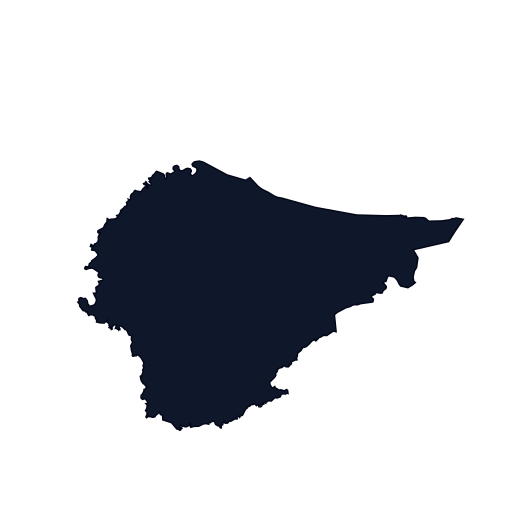 Dat Do, Bà Rịa - Vũng Tàu, Vietnam, rotated 232°
{"feature_id": "81297802B14105634475822", "entity_name": "Dat Do", "entity_type": "district", "adm_level": 2, "iso_a3": "VNM", "parent_name": "Vietnam", "parent_adm1": "Bà Rịa - Vũng Tàu", "projection": "orthographic", "projection_center": [107.299, 10.478], "detail": "fine", "context": "isolated", "style": "filled", "palette": "ink", "viewbox_px": 512, "rotation_deg": 232, "n_neighbors": 0, "source": "geoboundaries", "source_scale": "gbopen_adm2", "svg_char_len": 6052}
<svg xmlns="http://www.w3.org/2000/svg" viewBox="0 0 512 512"><g transform="rotate(232 256 256)"><path d="M128.0,196.6L130.7,198.2L132.0,197.8L132.3,195.3L135.3,193.2L135.8,191.9L139.2,190.4L140.7,190.1L141.6,190.4L141.7,187.7L142.1,187.5L145.6,187.7L148.1,189.0L148.9,195.7L149.6,197.9L150.1,198.5L151.4,198.8L151.9,201.4L153.2,203.1L153.4,205.1L152.3,207.7L152.1,210.9L150.3,211.4L148.8,213.1L148.9,214.9L149.8,215.3L149.1,216.4L149.2,217.5L150.6,218.4L150.8,218.9L149.9,222.8L148.9,224.3L150.7,225.2L152.0,227.4L153.0,227.7L153.8,229.7L153.8,233.2L155.1,236.3L153.7,239.5L153.8,243.0L154.6,247.9L154.1,250.0L154.5,251.0L152.4,250.7L152.2,251.1L152.9,255.7L152.3,257.1L152.0,259.8L151.1,261.4L149.8,262.7L149.3,270.5L147.0,272.5L161.4,281.6L161.6,285.2L159.8,295.3L158.1,299.3L158.0,301.0L157.3,303.2L155.0,306.2L154.0,309.2L147.9,319.6L148.9,321.3L149.9,321.9L152.4,321.6L153.5,322.6L152.6,326.3L153.6,327.2L152.7,328.8L150.0,331.3L149.2,332.6L150.5,335.0L150.4,338.2L151.0,339.3L151.9,339.9L157.3,339.8L156.0,342.8L158.2,346.1L158.9,348.3L154.1,352.2L149.7,352.4L145.4,351.5L143.2,351.6L137.5,356.2L136.9,361.4L137.0,365.2L138.9,364.8L142.7,366.8L146.6,371.5L148.1,375.5L154.9,382.5L164.2,383.7L148.8,416.6L152.8,427.7L157.3,441.9L162.9,437.0L163.2,435.4L164.7,433.6L165.1,431.2L169.4,423.8L177.1,413.5L181.2,412.8L182.8,411.9L188.4,405.2L193.0,398.1L194.2,397.5L194.2,398.8L194.8,398.9L195.6,398.4L196.1,396.3L197.0,396.7L199.3,395.1L199.4,394.2L207.8,383.0L226.3,360.6L257.7,332.7L285.7,312.0L289.0,309.0L292.3,307.2L298.5,304.9L304.7,301.9L309.7,300.5L321.5,299.5L322.1,294.4L337.6,283.2L362.3,272.3L365.7,269.8L368.1,265.5L368.0,262.8L367.5,262.0L365.6,261.6L362.3,263.3L360.4,262.9L358.9,261.2L358.2,259.3L358.2,255.8L359.0,254.8L360.4,254.7L361.5,255.1L362.7,257.3L363.4,257.7L365.1,257.8L367.1,256.2L367.8,254.8L368.4,250.6L369.3,249.1L371.4,248.6L374.1,250.0L376.1,249.4L377.1,247.1L376.9,245.4L375.7,244.3L372.9,244.3L372.5,243.2L373.0,239.2L376.0,237.4L376.3,236.5L375.5,235.5L373.1,234.3L372.2,232.7L373.3,232.0L376.0,233.4L377.7,233.4L383.7,230.0L384.0,229.4L383.2,226.8L383.1,224.1L382.0,221.9L383.4,219.3L382.7,218.9L381.2,219.4L380.7,219.0L380.5,217.7L380.0,217.6L377.5,218.1L376.6,217.5L376.6,216.3L378.0,215.6L380.2,214.7L381.7,215.1L382.4,214.9L381.8,213.7L382.3,212.0L381.3,211.8L379.3,213.4L378.1,213.6L376.9,213.2L376.1,212.2L376.4,211.7L378.2,212.4L378.9,212.0L378.6,208.6L377.4,204.9L380.6,202.0L382.1,201.1L382.2,200.5L381.3,198.4L381.4,196.1L381.1,195.1L380.1,193.6L378.0,192.4L378.2,191.0L379.3,190.3L377.5,189.9L378.1,188.7L377.9,186.8L376.2,186.2L375.0,184.8L375.8,183.1L375.3,181.1L375.2,177.3L374.6,176.8L373.9,177.3L373.6,175.1L372.8,173.1L373.7,171.2L371.7,170.9L371.6,170.5L371.9,167.9L374.3,164.3L374.6,162.9L377.1,161.8L374.7,159.6L373.8,156.3L372.1,153.0L373.2,147.2L372.9,146.6L371.8,145.9L370.7,146.2L370.5,147.5L369.7,147.6L368.9,144.5L367.6,142.9L365.8,141.9L364.6,140.2L364.2,137.7L364.9,136.2L363.9,134.7L365.0,133.7L366.6,133.2L365.6,131.4L364.6,131.8L364.5,133.2L364.0,133.3L362.2,130.3L361.8,130.2L359.8,132.2L358.9,132.6L354.7,132.5L353.6,131.6L353.2,128.4L353.4,123.6L352.5,122.5L352.5,119.9L350.9,118.0L351.0,116.8L352.6,115.3L351.9,113.5L351.3,113.3L350.0,113.8L349.2,116.4L347.6,119.2L346.0,120.2L339.7,122.2L339.1,121.7L338.8,120.4L337.7,119.4L335.8,119.2L333.0,121.4L332.1,121.5L331.4,121.0L331.4,119.8L333.0,116.2L330.1,115.4L329.6,113.3L329.9,111.5L329.7,110.3L325.0,107.5L326.7,105.0L320.2,103.6L318.5,102.1L316.9,98.7L318.8,93.6L320.5,94.1L321.8,93.9L324.5,95.4L327.7,95.5L328.4,93.9L331.0,92.4L331.5,90.6L331.1,89.7L329.6,89.0L329.2,88.3L329.4,87.2L326.3,87.2L325.0,86.2L319.5,86.1L317.9,87.5L316.6,87.5L316.2,88.3L312.1,87.6L311.5,90.0L310.7,90.4L309.8,91.6L308.8,91.6L307.8,92.5L306.1,91.3L303.2,90.8L302.2,89.7L299.3,92.0L296.6,95.1L296.9,98.3L296.5,99.7L295.5,98.0L293.2,98.6L291.9,97.5L290.5,97.3L290.1,96.2L289.2,96.9L288.8,96.7L288.2,97.1L287.2,96.7L287.0,97.8L288.7,98.5L288.6,99.8L289.5,100.8L287.8,103.5L287.4,103.5L285.5,100.6L284.6,101.9L283.6,101.7L283.2,102.6L282.3,102.3L282.6,103.1L281.8,103.3L282.3,103.9L284.6,104.3L285.1,105.2L284.5,106.0L282.1,107.2L278.6,107.5L277.4,108.6L272.5,107.3L271.3,107.5L270.8,108.5L269.5,108.7L267.0,106.4L264.0,105.6L262.4,102.1L258.3,99.8L254.8,98.4L253.7,97.2L252.7,97.3L252.0,99.2L251.1,100.0L251.3,101.5L250.2,102.3L246.4,102.8L240.8,101.9L238.9,99.3L237.0,98.8L235.8,96.3L234.0,95.7L233.3,94.0L232.0,92.4L232.5,91.0L232.2,90.6L229.1,89.1L227.3,88.7L224.8,88.5L223.3,89.5L222.4,89.0L220.0,89.2L219.3,86.7L219.8,85.7L218.6,84.5L217.1,81.5L217.0,79.9L215.7,78.5L214.5,78.0L212.9,78.2L212.2,80.1L211.4,80.9L207.2,80.7L206.7,80.5L206.7,79.7L207.4,78.4L206.0,78.6L205.1,78.1L203.2,76.2L202.2,73.8L198.6,73.9L198.2,73.4L198.6,72.6L197.7,72.4L197.7,71.5L197.1,70.3L196.0,70.1L195.9,72.2L194.4,73.9L192.9,74.9L191.9,76.2L191.6,77.5L192.1,78.5L192.3,83.7L189.8,83.1L188.2,84.4L184.2,81.7L176.7,86.8L168.3,87.1L167.6,87.9L165.5,88.7L165.3,89.2L165.6,89.8L167.1,89.4L167.2,89.9L165.7,91.1L165.8,91.6L166.8,91.8L168.1,90.3L169.2,92.0L168.4,92.9L167.2,93.2L166.7,94.1L165.8,94.4L164.3,95.9L163.5,100.0L164.9,100.9L163.7,101.2L162.0,99.2L161.4,99.1L161.0,99.5L160.1,101.9L157.1,106.1L156.1,111.1L154.6,113.5L152.6,115.2L153.6,115.8L153.6,116.3L152.7,117.4L152.9,118.5L152.2,120.9L150.9,121.2L148.1,120.5L145.7,121.4L145.5,122.2L142.5,122.2L141.9,122.6L142.2,123.2L144.1,124.3L143.5,125.9L144.3,126.4L145.2,129.0L143.9,129.5L143.8,128.7L143.3,128.7L141.9,130.6L141.9,131.8L142.7,133.2L141.3,134.3L140.6,139.4L139.2,140.7L139.4,141.2L140.5,141.3L140.8,142.0L140.6,143.5L138.9,143.7L139.6,145.3L138.8,147.2L141.7,153.5L141.6,155.2L142.2,156.8L141.6,158.4L141.8,160.7L140.7,162.4L140.3,164.0L137.8,164.2L137.5,166.4L135.3,165.5L134.2,167.0L134.3,168.4L135.3,169.1L134.6,170.6L136.0,170.4L136.3,170.9L135.9,171.6L133.9,173.0L135.1,173.9L134.3,174.9L134.4,176.7L132.3,178.7L132.7,183.1L132.3,184.6L131.2,185.0L130.1,188.4L131.2,190.2L131.3,191.2L130.6,192.8L129.0,194.3L128.8,196.1L128.0,196.6Z" fill="#0f172a" stroke="#020617" stroke-width="1.5"/></g></svg>